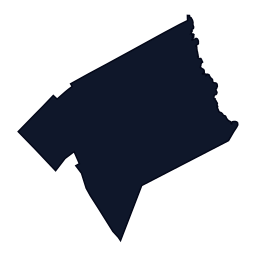 Vicente López, Buenos Aires, Argentina (Robinson projection)
{"feature_id": "61730980B14767108287685", "entity_name": "Vicente López", "entity_type": "district", "adm_level": 2, "iso_a3": "ARG", "parent_name": "Argentina", "parent_adm1": "Buenos Aires", "projection": "robinson", "projection_center": [-58.476, -34.529], "detail": "fine", "context": "isolated", "style": "filled", "palette": "ink", "viewbox_px": 256, "rotation_deg": 0, "n_neighbors": 0, "source": "geoboundaries", "source_scale": "gbopen_adm2", "svg_char_len": 5132}
<svg xmlns="http://www.w3.org/2000/svg" viewBox="0 0 256 256"><path d="M189.4,15.5L187.4,15.4L187.5,19.1L187.7,20.5L179.8,24.4L164.2,32.7L129.2,51.9L106.8,64.1L88.7,73.8L70.6,83.8L72.2,86.5L68.6,89.2L65.3,91.9L57.1,99.1L53.3,95.5L42.7,106.6L34.5,114.9L18.2,131.6L35.7,149.6L55.6,170.7L65.0,158.5L65.5,158.1L74.1,151.6L79.4,163.7L75.8,165.7L81.5,173.2L86.2,188.2L90.3,195.6L99.0,209.2L112.9,231.4L118.3,237.3L120.5,240.6L141.7,185.5L228.5,140.6L233.7,131.7L236.7,127.1L237.8,124.9L237.6,122.9L237.4,122.8L237.0,122.2L236.7,121.9L235.9,121.7L235.4,121.5L235.0,121.5L234.6,121.5L233.7,121.5L233.3,121.6L232.9,121.6L232.6,121.7L232.0,122.0L231.7,122.2L231.6,122.5L231.5,122.8L231.5,123.1L231.7,123.4L231.8,123.6L231.8,123.8L231.7,123.8L231.4,123.9L231.1,123.6L231.0,123.0L230.8,122.2L230.6,121.9L230.4,121.6L229.2,121.0L228.9,120.9L228.7,120.7L227.9,120.1L227.5,119.6L227.1,119.1L226.9,118.8L226.7,118.6L226.5,118.3L226.1,117.4L225.7,116.4L225.3,116.0L224.7,115.7L224.4,115.6L224.2,115.6L223.7,115.5L223.5,115.4L223.3,115.2L223.2,115.0L223.0,114.8L222.9,114.6L222.7,114.2L222.5,113.9L222.2,113.6L221.8,113.2L221.5,112.9L221.1,112.7L220.8,112.5L220.1,112.3L219.9,112.3L219.6,112.3L219.5,112.2L219.3,111.9L218.9,111.4L218.7,111.4L218.6,111.1L218.6,110.6L218.5,110.3L218.3,110.1L218.2,109.7L218.0,109.3L217.7,108.6L217.6,108.1L217.4,107.9L217.1,107.6L217.1,107.4L217.4,107.2L217.5,107.0L217.7,106.7L217.3,106.3L217.2,106.3L217.2,105.9L217.3,105.7L217.1,105.6L216.9,105.6L216.8,105.3L216.9,104.9L217.0,104.5L217.2,104.2L217.4,103.8L217.3,103.5L217.2,103.0L216.9,102.5L216.7,102.2L216.5,101.9L215.8,100.5L215.2,99.7L214.7,99.3L214.7,99.2L214.8,99.1L214.9,98.9L214.6,98.9L214.3,98.8L214.1,98.7L214.0,98.4L213.9,97.8L213.9,97.5L213.9,96.8L214.2,95.4L214.4,95.0L214.5,94.9L215.0,94.8L215.7,94.6L216.0,94.5L216.3,94.1L216.6,93.8L216.9,92.9L217.0,92.4L216.9,92.1L216.8,91.8L216.6,91.5L216.1,90.5L216.0,90.1L215.9,89.6L215.9,89.2L216.0,88.8L216.2,88.7L216.5,88.6L216.6,88.3L216.7,87.8L217.0,87.2L217.3,86.6L217.2,86.3L217.3,86.1L217.2,85.8L217.3,85.5L217.2,84.9L217.1,84.5L217.0,84.1L216.7,83.6L216.5,83.4L216.2,83.2L215.8,83.1L215.4,82.9L214.8,83.0L214.3,82.8L214.0,82.8L213.6,82.6L213.4,82.5L213.2,82.4L212.9,82.1L212.8,81.9L212.7,81.4L212.6,80.8L212.6,80.3L212.5,79.7L212.4,79.4L212.3,79.2L212.1,79.1L211.4,78.5L211.0,78.1L210.8,77.8L210.4,77.6L210.2,77.5L210.2,77.3L210.0,76.7L209.9,76.5L209.6,76.2L209.1,74.9L208.9,74.7L208.5,74.6L208.3,74.7L207.8,74.2L207.1,74.2L206.9,74.2L206.7,74.3L206.7,74.7L206.4,75.3L206.1,75.5L206.1,75.3L206.2,75.0L206.2,74.8L206.0,74.3L205.8,74.1L205.5,74.0L205.0,74.0L203.6,74.1L202.9,74.2L202.5,74.1L202.4,73.8L202.5,73.6L203.7,73.0L204.2,72.8L204.3,72.5L204.3,72.2L204.2,71.8L204.2,70.9L203.9,70.0L203.8,69.8L203.6,69.6L203.5,69.4L203.3,69.3L202.7,69.0L202.3,68.8L202.0,68.6L201.2,67.9L200.7,67.8L200.4,67.7L200.3,67.3L200.3,67.0L200.5,66.8L200.6,66.6L200.5,65.9L200.6,65.6L200.8,65.4L200.9,65.2L200.8,64.9L200.9,64.4L201.3,63.3L201.5,62.9L202.2,62.4L202.6,62.1L202.4,61.6L202.1,61.1L201.5,59.7L201.1,58.9L200.8,58.7L200.7,58.5L200.3,58.5L199.8,58.6L199.4,58.6L199.2,58.6L199.0,58.4L198.6,58.2L198.2,58.0L198.2,57.9L197.9,57.2L198.2,56.8L198.3,56.7L198.2,56.5L197.9,56.4L197.7,56.3L197.6,56.0L197.7,55.9L197.9,55.8L198.0,55.6L198.1,55.3L198.0,54.9L197.8,54.1L197.7,53.6L197.6,52.7L197.4,52.2L197.4,51.7L197.1,51.3L197.0,51.1L197.1,50.8L197.0,49.9L196.9,49.1L196.8,48.8L196.8,48.6L196.8,47.9L196.8,47.5L196.8,47.1L196.7,46.7L196.4,46.0L196.0,46.1L196.0,45.9L196.3,45.3L196.6,45.0L196.9,44.8L197.4,44.6L197.7,44.4L197.9,44.2L198.3,43.8L198.4,43.5L198.3,42.8L198.4,42.2L198.4,41.5L198.3,40.9L197.9,39.9L197.8,39.6L197.6,39.3L197.2,38.8L196.3,38.4L196.1,38.4L195.8,38.5L195.6,38.6L195.3,38.9L195.1,39.0L194.5,39.1L194.3,39.1L194.1,39.1L193.9,39.3L193.5,39.3L193.4,39.4L193.2,39.6L192.9,39.7L192.5,39.6L192.3,39.6L192.0,39.9L191.8,39.7L192.3,39.3L192.5,39.1L192.5,38.7L192.7,38.3L192.8,38.2L192.9,37.9L193.0,37.8L192.6,37.8L192.6,37.7L192.4,37.4L192.2,37.2L192.3,37.1L192.6,36.9L192.9,36.8L193.1,36.7L193.3,36.6L193.7,36.5L193.7,36.4L193.4,36.3L193.3,36.2L193.1,36.2L193.3,35.9L193.2,35.7L192.8,35.5L193.4,35.2L193.6,35.1L193.9,35.0L194.0,34.9L194.0,34.7L193.9,34.6L193.6,34.7L193.2,34.0L192.9,34.0L192.6,34.1L192.3,34.0L192.2,34.0L192.0,33.9L191.9,34.0L191.8,33.9L191.6,33.9L191.5,33.6L191.3,33.6L191.0,33.6L191.2,33.4L191.3,33.3L191.3,33.2L191.5,32.9L191.4,32.5L191.3,32.3L191.3,32.1L191.3,31.9L191.2,31.8L191.2,31.7L191.6,31.7L191.8,31.6L192.1,31.2L191.9,31.1L191.9,30.9L192.0,30.8L192.1,30.7L191.9,30.5L191.8,30.4L191.6,30.4L191.4,30.3L191.4,30.2L191.5,30.0L191.6,29.8L191.8,29.7L192.0,29.5L192.0,29.4L192.2,29.0L192.6,29.0L192.9,28.9L193.1,28.7L193.4,28.4L193.5,28.1L193.6,27.8L193.6,27.5L193.6,26.7L193.5,26.4L193.3,26.1L193.2,25.7L193.1,25.4L193.0,24.9L192.9,24.6L192.9,24.0L192.9,23.4L193.0,23.0L193.0,22.6L192.8,21.5L192.7,21.1L192.6,20.7L192.3,20.0L192.0,19.4L191.8,19.0L191.7,18.9L191.4,18.5L191.3,18.3L191.3,18.2L191.1,17.8L190.9,17.7L190.6,17.6L190.2,17.5L190.0,17.3L190.1,17.2L189.6,16.9L189.6,16.7L189.5,16.2L189.5,15.7L189.4,15.6L189.4,15.5Z" fill="#0f172a" stroke="#020617" stroke-width="1.5"/></svg>